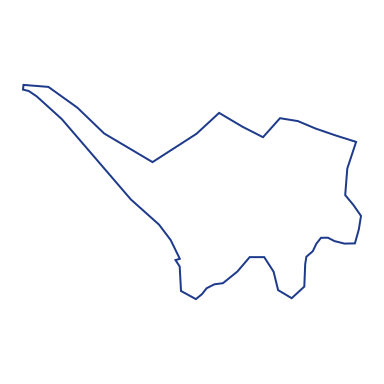 map outline of Biləsuvar (Natural Earth projection)
{"feature_id": "AZE-1698", "entity_name": "Biləsuvar", "entity_type": "District", "adm_level": 1, "iso_a3": "AZE", "parent_name": "Azerbaijan", "parent_adm1": "", "projection": "natural_earth1", "projection_center": [48.455, 39.509], "detail": "fine", "context": "isolated", "style": "outline", "palette": "blue", "viewbox_px": 384, "rotation_deg": 0, "n_neighbors": 0, "source": "natural_earth", "source_scale": "10m", "svg_char_len": 739}
<svg xmlns="http://www.w3.org/2000/svg" viewBox="0 0 384 384"><path d="M175.5,260.1L179.8,258.8L170.7,240.1L159.1,224.7L130.9,199.5L61.8,119.1L36.6,96.3L28.7,91.0L23.0,89.6L23.5,84.9L48.4,86.9L77.4,107.7L104.2,133.5L152.5,162.1L196.6,133.7L219.1,112.9L242.4,126.7L263.0,137.2L280.0,118.2L297.9,121.1L315.7,128.6L335.8,135.5L356.1,141.9L347.3,168.5L345.2,195.1L353.4,205.0L361.0,215.9L358.8,229.5L354.9,243.4L344.5,243.6L334.5,241.1L327.9,237.7L321.0,237.8L316.3,243.8L312.8,251.2L306.4,256.7L305.2,264.1L304.3,286.6L291.7,298.2L278.1,290.1L273.6,271.7L264.2,257.1L249.7,257.1L237.3,271.6L222.9,283.2L214.4,284.3L206.7,288.2L201.9,294.2L195.9,299.1L181.0,291.0L179.7,266.5L175.5,260.1Z" fill="none" stroke="#1e3a8a" stroke-width="2"/></svg>